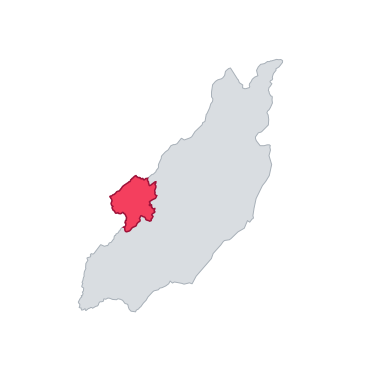 location of Hövsgöl within Mongolia, rotated 304°
{"feature_id": "MNG-3321", "entity_name": "Hövsgöl", "entity_type": "Province", "adm_level": 1, "iso_a3": "MNG", "parent_name": "Mongolia", "parent_adm1": "", "projection": "robinson", "projection_center": [99.984, 50.195], "detail": "fine", "context": "in_parent", "style": "filled", "palette": "rose", "viewbox_px": 384, "rotation_deg": 304, "n_neighbors": 0, "source": "natural_earth", "source_scale": "10m", "svg_char_len": 8373}
<svg xmlns="http://www.w3.org/2000/svg" viewBox="0 0 384 384"><g transform="rotate(304 192 192)"><path d="M33.3,162.9L34.5,162.8L36.3,161.7L36.6,160.1L37.2,159.3L41.6,158.8L43.5,159.3L43.9,158.3L44.2,158.2L45.3,159.0L46.3,158.6L47.0,158.3L47.7,157.1L49.2,157.3L51.8,155.9L51.8,153.6L52.8,153.1L55.1,152.6L55.4,151.6L55.9,151.3L57.6,151.0L60.5,149.8L61.9,149.7L63.0,148.7L65.6,147.4L69.4,146.7L69.8,146.1L73.4,144.0L77.1,143.9L78.2,142.1L78.8,141.9L81.4,144.0L82.5,143.8L82.9,142.9L84.5,142.9L85.1,144.5L86.0,145.1L97.1,145.7L97.4,146.2L98.0,149.7L100.0,151.4L100.4,152.1L103.5,151.9L105.2,153.2L107.9,153.2L109.3,153.5L111.9,152.3L112.5,152.3L113.3,152.9L114.6,152.5L117.0,153.7L118.9,153.4L119.8,153.9L120.9,153.5L123.6,153.9L125.7,155.8L127.2,155.7L129.0,154.4L129.5,153.5L132.1,153.1L133.5,152.3L134.5,151.5L136.0,148.7L136.3,145.9L135.0,145.5L133.9,144.6L133.2,143.1L133.2,142.0L131.9,140.4L132.1,139.6L132.8,138.2L133.2,136.0L134.1,134.8L135.8,134.1L136.0,133.2L137.2,131.5L139.9,130.5L141.5,128.6L142.4,126.6L143.7,127.6L147.3,129.0L150.3,129.6L152.3,131.0L157.6,131.4L166.4,134.7L168.2,134.5L173.5,135.9L173.9,136.4L173.9,138.9L174.3,139.6L174.5,142.3L175.6,143.7L175.3,145.3L175.8,145.8L177.1,146.0L179.2,147.7L183.9,148.9L185.3,150.0L188.5,150.7L190.1,150.3L192.8,150.6L193.8,150.4L195.5,149.1L196.6,148.7L202.7,147.7L204.3,146.8L205.5,146.7L210.3,147.5L213.7,148.7L218.5,148.6L220.8,150.0L221.8,151.4L223.7,152.6L230.4,153.1L230.7,153.4L230.8,156.3L231.1,156.7L235.5,159.9L237.6,160.9L243.7,160.7L253.3,162.8L255.5,162.1L257.5,163.2L258.3,163.1L264.3,160.4L265.2,160.6L271.5,159.6L275.5,158.3L278.6,158.4L280.9,157.2L281.8,155.0L285.7,152.3L292.5,149.1L296.9,149.6L299.5,150.7L302.3,153.1L303.9,153.7L306.8,153.9L310.7,152.3L312.8,152.7L314.9,153.4L316.3,154.6L310.9,166.9L310.9,167.6L309.1,170.1L309.1,174.2L306.6,175.7L307.1,178.0L307.8,178.9L310.7,181.2L311.7,180.9L312.4,179.9L313.9,179.1L316.7,179.3L319.1,178.9L322.2,179.7L325.2,181.6L328.9,177.5L332.7,177.0L336.2,177.5L339.0,180.3L342.4,181.6L343.3,183.2L344.7,183.9L345.1,184.6L349.2,187.9L350.2,190.0L351.5,191.5L351.6,193.1L351.4,193.8L349.9,194.6L344.4,194.2L341.1,192.7L339.9,193.6L335.8,193.3L333.5,193.9L331.9,194.5L331.0,195.5L330.3,195.7L329.6,195.7L328.3,194.9L327.2,194.9L326.9,195.1L326.4,197.7L322.9,197.7L321.7,197.4L318.8,198.6L318.4,199.6L317.0,201.0L315.7,203.6L316.1,204.7L315.7,205.4L313.2,206.8L310.8,208.9L305.7,209.8L303.2,209.9L301.4,209.4L299.6,209.8L298.4,212.1L295.1,215.0L290.3,217.8L281.3,216.1L280.2,215.7L278.2,213.9L273.1,213.8L271.6,215.0L270.4,216.8L268.5,222.6L270.7,225.9L273.2,228.0L274.3,229.6L274.3,230.9L272.7,231.5L270.6,233.6L265.2,235.5L259.3,242.7L248.7,246.9L242.0,247.2L236.7,246.8L222.4,248.8L213.3,252.5L206.5,255.7L205.0,257.3L204.3,257.5L203.0,256.9L199.3,256.7L199.2,254.0L191.2,255.6L184.6,252.4L175.2,250.4L173.3,249.7L170.0,246.1L168.3,245.6L164.2,245.5L152.9,243.9L147.6,245.3L124.5,242.5L116.1,243.4L115.8,243.0L115.3,240.7L111.4,237.2L110.9,236.3L110.7,235.0L107.6,227.8L105.6,226.7L105.9,223.7L102.9,224.0L99.5,222.8L96.0,220.7L94.4,219.1L92.0,218.7L89.0,215.9L87.6,215.3L80.3,214.2L76.6,214.5L72.7,213.8L68.2,213.7L66.7,213.1L65.4,213.2L62.9,211.9L61.1,212.2L59.1,208.1L59.7,205.5L60.7,204.0L62.8,201.7L62.8,200.9L62.1,198.8L63.4,195.1L63.1,192.9L62.1,190.3L60.5,189.7L58.5,186.2L58.0,183.5L57.1,181.6L54.9,180.5L54.2,178.8L53.6,178.7L53.1,179.2L51.7,179.5L50.4,178.4L49.7,177.3L48.9,176.9L47.4,177.0L46.1,177.5L44.6,177.3L43.4,176.2L40.1,174.6L40.1,173.4L39.6,172.5L38.6,172.3L37.7,171.4L34.5,170.4L34.4,169.8L35.4,168.5L33.2,167.5L32.4,166.3L33.8,164.9L33.3,163.9L33.3,162.9Z" fill="#d9dde1" stroke="#a8b0b8" stroke-width="1"/><path d="M142.8,126.5L143.1,126.7L143.2,127.1L143.4,127.3L143.7,127.5L145.3,128.0L145.7,128.1L145.9,128.3L146.1,128.5L146.3,128.7L146.5,128.9L148.8,129.4L149.9,129.4L150.2,129.5L151.0,130.0L151.6,130.6L152.2,131.1L153.1,131.3L154.0,131.2L155.1,131.4L158.0,131.4L158.5,131.7L159.2,131.8L163.4,133.5L163.8,133.8L164.2,133.9L164.6,133.9L165.0,134.0L165.4,134.2L165.7,134.6L166.1,134.8L166.4,134.8L167.4,134.5L167.8,134.4L168.2,134.5L168.9,134.8L169.4,134.7L169.7,134.8L169.9,134.8L170.4,135.1L170.6,135.2L171.4,135.2L171.6,135.2L171.9,135.4L172.1,135.5L172.9,135.6L173.1,135.7L173.3,135.8L174.2,136.3L174.3,136.5L174.1,136.8L173.7,137.3L173.8,137.6L173.8,137.8L173.9,138.0L173.8,138.6L173.8,139.1L174.0,139.5L174.3,140.0L174.6,140.3L174.7,140.5L174.6,140.8L174.5,141.0L174.8,141.3L174.7,141.6L174.5,142.0L174.4,142.3L174.6,142.7L174.9,142.9L175.5,143.3L175.7,143.7L175.6,143.9L175.4,144.2L175.2,144.5L175.1,144.9L175.2,145.2L175.4,145.6L175.7,145.8L176.1,145.9L177.1,146.0L177.5,146.3L178.2,147.4L178.5,147.6L178.0,147.8L177.4,148.1L177.0,148.4L176.6,148.8L176.4,149.1L176.4,149.3L176.2,149.8L176.1,150.2L176.0,150.3L175.6,150.6L175.4,150.7L175.2,150.9L175.0,151.1L174.7,151.4L174.7,151.6L174.3,152.0L173.9,152.4L173.7,152.7L173.6,152.9L173.6,153.1L173.6,153.3L173.8,153.5L174.5,153.9L175.3,154.2L176.1,154.4L177.4,154.9L178.1,155.1L178.9,155.4L179.7,155.7L180.0,155.9L180.3,156.3L179.5,156.8L179.2,156.9L179.1,157.0L178.8,157.0L178.3,156.9L178.1,156.9L177.9,156.9L177.7,157.0L177.2,157.9L177.0,158.4L176.8,158.6L176.5,158.9L176.0,159.2L175.9,159.3L175.4,159.5L174.6,159.7L174.2,159.8L173.7,159.9L173.0,160.0L172.4,160.2L172.2,160.4L172.0,160.5L171.7,160.9L171.2,161.2L171.1,161.3L171.0,161.5L170.8,161.8L170.6,161.9L170.4,161.9L170.0,162.0L169.7,162.3L169.5,162.5L169.2,163.3L169.1,163.5L169.1,164.0L169.3,164.8L167.3,165.2L166.2,165.2L165.9,165.0L163.6,163.6L160.6,162.3L160.3,162.2L160.0,162.2L159.9,162.3L159.8,162.5L159.8,162.8L159.7,162.9L159.6,163.1L159.4,163.2L159.1,163.5L158.9,163.6L158.9,163.8L157.7,164.1L157.3,163.9L157.2,164.1L157.1,164.4L157.1,164.5L157.3,164.7L158.5,165.3L158.7,165.5L158.6,165.8L158.3,166.0L158.2,166.0L157.9,166.1L157.5,166.3L157.3,166.4L157.1,166.5L157.1,166.8L157.0,167.0L156.8,167.1L156.6,167.3L156.6,167.5L156.8,167.6L156.7,167.7L156.5,167.8L156.5,168.0L156.5,168.3L156.4,168.5L156.3,168.8L156.4,169.1L156.5,169.4L156.5,169.6L156.7,169.8L156.8,169.9L157.1,170.0L157.3,170.1L157.5,170.4L157.1,170.6L156.2,170.9L155.3,171.0L155.1,171.2L155.0,171.4L155.0,171.7L155.0,171.9L154.9,172.2L154.6,172.3L154.3,172.4L154.0,172.3L153.7,172.2L152.2,171.5L151.8,171.4L150.9,171.3L150.7,171.4L150.5,171.5L150.4,171.7L150.3,172.0L150.1,173.0L149.9,173.4L149.7,173.4L147.5,173.6L147.3,173.6L147.0,173.5L146.8,173.4L146.6,173.3L146.4,173.5L146.1,173.8L145.8,174.0L145.5,174.1L145.3,174.0L145.0,173.9L144.1,173.1L144.1,172.3L143.5,170.5L143.4,170.0L143.3,169.7L143.4,169.4L143.4,169.2L143.5,169.0L144.2,168.1L144.4,167.8L144.5,167.4L144.7,166.8L144.7,166.7L144.6,166.4L144.4,165.8L144.2,165.1L144.1,163.5L144.0,163.2L143.9,163.1L143.7,162.9L140.7,163.2L140.2,164.1L139.7,164.7L139.1,165.0L138.9,165.0L138.5,165.1L138.3,165.0L138.0,164.9L137.6,164.7L137.3,164.5L136.6,164.3L135.2,164.1L134.2,164.2L133.7,164.4L133.0,164.5L132.6,164.5L132.3,164.4L129.4,162.6L128.8,162.4L127.8,162.3L125.9,162.2L125.1,162.0L124.6,161.8L122.6,160.2L122.4,159.9L122.2,159.4L122.2,159.2L122.2,158.9L122.3,158.6L122.4,158.4L122.5,158.1L122.7,157.9L123.2,157.4L123.9,156.8L124.8,156.3L125.0,156.1L125.1,155.9L124.7,155.4L124.6,155.2L124.5,154.9L124.9,155.0L125.2,155.5L125.7,155.7L126.2,155.8L126.6,155.8L127.0,155.7L127.5,155.6L128.3,155.1L129.0,154.6L129.3,154.3L129.4,154.0L129.3,153.7L129.2,153.6L130.0,153.3L130.9,153.0L131.1,152.9L131.3,153.0L131.6,153.3L131.8,153.4L132.0,153.3L132.3,153.0L132.6,152.8L134.0,152.2L134.5,151.7L136.1,149.0L136.2,148.8L136.2,148.5L136.2,148.3L136.1,148.0L136.1,147.6L136.5,146.8L136.5,146.4L136.4,146.1L136.3,145.9L136.0,145.7L135.8,145.6L135.2,145.6L134.9,145.5L134.2,145.0L134.0,144.8L133.8,144.6L133.4,143.6L133.1,143.0L133.1,142.7L133.5,142.2L133.2,141.9L132.9,141.6L132.4,141.3L132.0,141.0L131.8,140.6L131.8,140.2L132.4,139.2L132.6,138.8L132.6,138.4L132.7,138.2L133.0,137.6L133.0,137.4L133.0,137.2L132.9,136.8L132.9,136.6L132.9,136.4L133.1,136.2L133.3,135.9L133.5,135.8L133.9,134.9L134.1,134.7L134.4,134.5L134.8,134.3L135.0,134.3L135.8,134.5L135.9,134.2L136.0,133.9L135.9,133.4L135.9,133.1L136.0,132.9L136.3,132.5L136.4,132.3L137.0,131.5L137.9,131.1L139.7,130.7L140.0,130.5L140.3,130.3L140.6,129.9L141.3,128.9L141.4,128.3L141.5,128.1L141.9,127.7L142.0,127.4L142.0,127.0L142.0,126.8L142.3,126.5L142.7,126.5L142.8,126.5Z" fill="#f43f5e" stroke="#9f1239" stroke-width="1.5"/></g></svg>